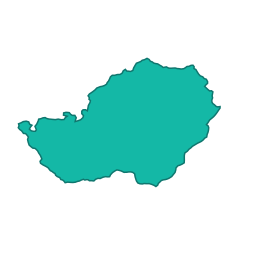 outline of Pouso Alegre, Minas Gerais, Brazil, rotated 236°
{"feature_id": "56859067B30504998341327", "entity_name": "Pouso Alegre", "entity_type": "district", "adm_level": 2, "iso_a3": "BRA", "parent_name": "Brazil", "parent_adm1": "Minas Gerais", "projection": "robinson", "projection_center": [-45.929, -22.262], "detail": "fine", "context": "isolated", "style": "filled", "palette": "teal", "viewbox_px": 256, "rotation_deg": 236, "n_neighbors": 0, "source": "geoboundaries", "source_scale": "gbopen_adm2", "svg_char_len": 3266}
<svg xmlns="http://www.w3.org/2000/svg" viewBox="0 0 256 256"><g transform="rotate(236 128 128)"><path d="M76.5,188.2L78.4,190.0L79.7,191.9L81.3,193.6L83.1,195.1L84.9,195.6L86.9,194.9L87.7,197.3L89.0,200.2L89.2,202.7L89.5,205.3L90.1,207.7L90.7,209.5L91.6,211.8L92.4,213.7L93.0,215.4L94.3,216.3L95.3,214.2L96.7,213.1L98.8,212.7L100.7,212.0L102.4,212.0L104.3,213.1L105.7,215.0L107.6,215.7L109.1,217.2L110.5,218.6L112.2,218.0L113.1,216.4L115.4,215.7L117.4,215.3L119.6,214.8L120.2,216.8L120.5,218.9L121.9,219.9L124.6,220.2L126.4,218.8L128.6,218.6L130.8,217.1L133.1,216.7L136.3,216.8L138.5,217.0L140.4,215.9L141.8,217.1L143.7,217.0L144.7,215.3L145.0,213.1L146.0,211.3L145.9,209.4L146.0,207.4L147.1,205.1L148.7,203.4L149.7,202.1L151.3,200.7L152.2,199.3L153.6,196.9L154.9,195.2L157.2,194.0L158.5,191.0L160.5,190.4L162.2,189.5L164.5,188.5L166.0,186.9L167.5,185.6L169.2,185.1L170.8,183.9L173.1,183.8L175.1,182.7L175.4,179.9L176.2,177.7L176.0,175.9L176.4,173.7L177.0,171.2L176.0,169.0L174.6,166.2L173.0,164.2L173.4,161.8L174.8,160.2L175.9,158.8L178.1,158.6L178.1,156.1L176.8,154.0L176.8,151.4L178.3,149.0L179.1,146.5L180.5,144.4L180.2,142.0L179.0,140.2L177.8,138.1L177.3,136.2L176.3,134.7L176.4,132.1L177.0,129.9L177.8,128.1L178.2,126.3L178.6,124.5L178.0,121.9L177.8,118.9L177.8,116.9L177.8,115.0L177.0,112.9L174.8,112.9L173.6,111.7L171.8,112.2L170.4,110.8L168.8,107.7L166.3,105.3L165.0,103.9L166.9,103.0L168.2,100.9L167.8,99.1L165.7,97.7L163.1,98.0L161.8,96.4L161.3,93.4L162.0,90.5L162.9,87.8L164.4,89.4L165.4,90.8L168.2,91.0L169.7,88.8L171.4,88.1L173.6,87.9L174.7,86.6L175.7,85.3L176.5,83.1L174.7,81.7L173.1,83.0L171.8,84.2L171.7,82.0L170.8,79.7L172.2,77.3L174.4,75.1L175.6,72.4L177.8,69.7L179.7,67.4L181.4,65.9L183.0,65.1L184.0,63.1L184.4,61.1L185.3,58.9L184.2,57.7L182.2,54.4L181.4,51.8L179.3,51.4L177.8,51.0L177.1,49.4L178.3,47.6L179.8,46.2L182.2,45.6L183.3,47.6L184.0,49.9L186.1,48.6L188.6,49.1L190.6,47.4L191.9,44.7L192.1,42.2L192.7,39.6L190.8,38.9L189.6,37.2L187.3,37.4L185.2,38.2L183.7,38.3L182.0,38.3L180.6,40.0L178.3,40.3L176.3,40.4L174.6,38.3L172.0,37.3L169.1,36.5L166.8,37.1L164.6,37.8L163.0,39.6L161.3,40.0L159.4,40.3L157.4,40.0L154.3,40.0L152.1,39.6L150.5,39.3L149.6,36.5L147.7,35.8L144.9,36.9L143.3,37.8L141.4,38.8L139.4,39.6L137.6,39.6L136.0,39.8L134.5,40.7L132.5,41.3L131.1,42.1L129.4,41.6L127.3,42.2L125.0,43.7L122.8,43.5L121.5,44.7L119.8,45.2L117.8,45.3L116.9,47.7L115.1,49.9L113.6,51.9L112.5,54.1L111.9,56.5L111.2,58.1L111.0,60.0L110.4,62.4L109.0,63.1L108.4,64.7L107.4,66.0L105.9,66.5L104.8,68.2L103.2,70.1L103.6,72.5L103.1,74.9L101.7,76.7L101.2,79.7L100.3,82.1L98.8,83.9L97.9,85.5L99.0,87.4L99.7,90.3L99.7,93.2L99.5,95.3L97.9,96.9L96.1,98.4L93.5,99.9L92.0,102.3L91.1,104.2L90.0,105.8L88.6,107.1L86.4,107.9L83.5,106.6L80.9,105.8L79.3,105.4L76.9,105.4L75.1,106.7L73.6,108.6L72.9,110.4L71.5,112.2L70.0,114.5L68.1,116.1L65.8,117.6L63.9,118.4L64.0,120.6L65.1,122.2L65.4,124.2L65.8,126.3L65.3,128.2L64.3,130.3L63.7,132.3L63.4,134.1L63.3,137.1L64.0,139.3L64.9,142.2L66.4,144.0L68.1,145.5L68.8,148.3L68.2,150.2L67.8,152.5L67.7,155.1L69.8,156.7L71.8,158.0L73.7,159.3L75.5,161.1L75.6,164.3L76.3,166.7L76.4,169.1L76.8,171.1L76.7,173.3L76.5,177.1L76.1,179.6L75.9,181.4L76.1,183.9L76.7,185.9L76.5,188.2Z" fill="#14b8a6" stroke="#0f766e" stroke-width="1.5"/></g></svg>